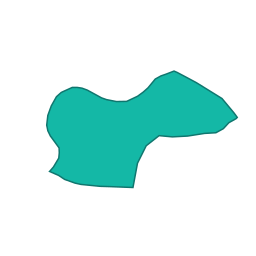 outline of Kangnam, P'yŏngyang, North Korea, rotated 42°
{"feature_id": "82179303B41089875582012", "entity_name": "Kangnam", "entity_type": "district", "adm_level": 2, "iso_a3": "PRK", "parent_name": "North Korea", "parent_adm1": "P'yŏngyang", "projection": "robinson", "projection_center": [125.6, 38.866], "detail": "fine", "context": "isolated", "style": "filled", "palette": "teal", "viewbox_px": 256, "rotation_deg": 42, "n_neighbors": 0, "source": "geoboundaries", "source_scale": "gbopen_adm2", "svg_char_len": 788}
<svg xmlns="http://www.w3.org/2000/svg" viewBox="0 0 256 256"><g transform="rotate(42 128 128)"><path d="M113.4,99.1L109.2,109.1L101.7,116.1L93.0,121.3L88.2,123.3L72.3,127.1L67.3,129.1L67.1,129.2L63.0,131.9L59.4,135.2L55.2,144.8L54.6,146.3L53.9,152.6L56.2,162.9L60.0,172.3L65.7,180.3L70.3,183.7L75.7,185.9L77.3,186.2L90.1,188.9L93.6,192.5L96.7,196.7L98.7,206.9L98.8,212.8L108.0,209.7L115.3,208.6L125.5,204.4L130.8,201.4L146.3,190.0L153.6,183.8L171.5,168.9L158.6,147.8L153.4,129.0L156.2,112.9L166.9,104.9L177.7,94.1L188.5,80.8L196.5,72.7L199.3,64.7L199.4,56.6L202.1,48.6L202.1,47.0L196.8,45.9L178.1,43.2L148.8,48.5L138.1,51.1L127.4,53.8L124.1,54.9L120.3,62.4L117.6,67.3L115.5,73.4L116.0,84.8L115.3,91.1L113.9,97.8L113.4,99.1Z" fill="#14b8a6" stroke="#0f766e" stroke-width="1.5"/></g></svg>